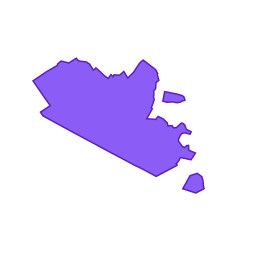 Norfolk, Massachusetts, United States of America, rotated 56°
{"feature_id": "52423323B66944886224636", "entity_name": "Norfolk", "entity_type": "district", "adm_level": 2, "iso_a3": "USA", "parent_name": "United States of America", "parent_adm1": "Massachusetts", "projection": "albers", "projection_center": [-71.138, 42.168], "detail": "fine", "context": "isolated", "style": "filled", "palette": "violet", "viewbox_px": 256, "rotation_deg": 56, "n_neighbors": 0, "source": "geoboundaries", "source_scale": "gbopen_adm2", "svg_char_len": 1568}
<svg xmlns="http://www.w3.org/2000/svg" viewBox="0 0 256 256"><g transform="rotate(56 128 128)"><path d="M115.2,88.1L111.6,85.9L110.9,83.2L106.0,79.3L105.9,76.9L105.7,75.7L100.3,74.0L99.4,72.9L95.0,72.5L80.2,77.4L80.4,80.7L81.1,83.1L85.0,92.4L86.4,100.2L78.8,99.9L79.5,105.5L76.1,109.8L77.2,111.7L74.2,112.3L75.8,116.7L71.2,118.4L65.3,119.7L60.2,121.0L60.8,124.3L53.6,124.1L50.0,125.6L44.8,131.4L41.2,131.9L41.0,140.7L35.1,146.0L35.5,150.4L36.6,151.7L35.8,163.9L35.8,175.4L35.8,180.4L46.2,180.3L54.9,180.2L66.0,180.0L65.9,191.7L70.4,191.7L90.0,181.6L109.9,171.2L114.8,168.6L118.4,166.7L121.0,165.3L128.7,161.3L135.4,157.8L143.7,153.4L148.7,150.7L157.9,145.8L158.9,145.3L164.0,142.6L166.3,141.1L169.3,139.4L177.6,135.0L183.9,131.7L186.4,108.2L185.4,107.8L184.5,108.2L184.4,106.8L183.5,104.2L182.1,101.6L182.2,100.6L189.6,93.5L186.5,86.1L180.4,90.0L176.3,87.5L175.4,89.1L175.7,92.4L172.8,93.3L167.2,93.5L165.4,92.2L163.1,88.2L163.0,87.4L162.8,86.4L163.5,83.9L167.8,80.0L166.5,77.7L161.8,80.4L157.1,79.2L154.8,79.9L153.7,81.0L154.7,87.5L153.4,90.2L150.7,90.1L148.4,93.7L145.6,92.6L140.3,93.7L140.2,93.7L136.5,95.8L135.3,96.6L136.3,100.3L130.8,107.3L125.7,97.1L124.3,97.4L119.4,90.6L116.0,89.1L115.2,88.1ZM220.9,98.8L218.8,98.1L212.9,95.0L209.6,94.0L204.4,95.9L202.2,103.1L209.0,116.6L218.8,108.9L219.8,108.1L220.9,98.8ZM124.0,71.7L120.9,74.6L118.4,77.3L122.0,80.9L125.2,84.1L128.3,81.5L131.7,75.8L133.6,74.3L134.9,72.4L135.9,69.9L135.9,68.2L136.9,65.4L135.1,64.6L133.2,64.3L131.3,65.0L126.8,68.8L124.0,71.7Z" fill="#8b5cf6" stroke="#5b21b6" stroke-width="1.5"/></g></svg>